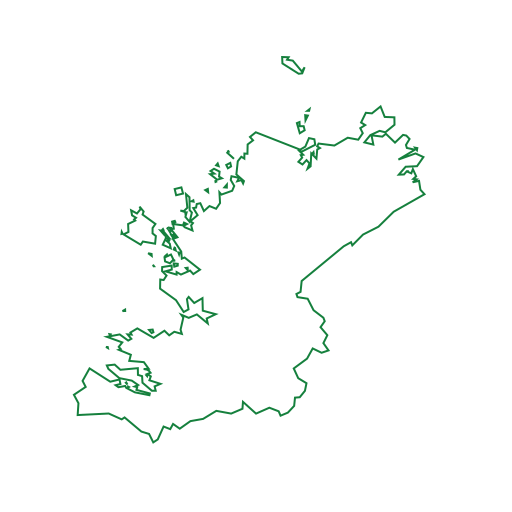 Glenties Lea-6, Donegal, Ireland, rotated 10°
{"feature_id": "5873133B25090004397750", "entity_name": "Glenties Lea-6", "entity_type": "district", "adm_level": 2, "iso_a3": "IRL", "parent_name": "Ireland", "parent_adm1": "Donegal", "projection": "orthographic", "projection_center": [-8.325, 54.982], "detail": "fine", "context": "isolated", "style": "outline", "palette": "green", "viewbox_px": 512, "rotation_deg": 10, "n_neighbors": 0, "source": "geoboundaries", "source_scale": "gbopen_adm2", "svg_char_len": 6174}
<svg xmlns="http://www.w3.org/2000/svg" viewBox="0 0 512 512"><g transform="rotate(10 256 256)"><path d="M403.5,153.7L397.5,156.2L400.9,152.6L397.5,152.8L399.9,149.7L395.4,143.2L394.6,147.6L389.7,146.5L387.6,150.0L382.5,151.1L387.9,142.1L399.0,139.6L403.7,129.5L395.3,127.3L379.5,136.3L394.1,123.7L385.8,123.4L384.4,120.6L386.9,114.1L383.1,111.3L379.8,111.2L373.2,120.2L362.7,113.1L359.7,116.5L348.8,117.1L352.2,125.9L343.0,125.3L347.6,117.1L356.0,111.3L361.9,111.7L369.6,102.7L368.2,95.4L358.6,96.7L352.7,87.1L345.4,95.4L339.3,95.9L336.3,106.3L340.8,108.1L336.5,112.0L339.8,116.5L336.5,123.7L325.8,123.6L314.0,133.6L298.1,134.4L297.2,137.4L300.2,138.6L297.8,140.5L298.6,149.6L292.6,145.3L294.2,158.2L291.6,161.1L292.6,155.5L289.1,152.8L285.9,157.8L281.4,155.9L284.4,151.1L282.6,148.9L284.9,148.1L278.8,143.9L282.9,145.3L295.0,136.2L293.2,130.9L287.7,130.7L285.6,139.7L281.0,143.6L234.3,134.2L229.4,139.8L233.0,142.6L228.4,147.6L229.8,156.8L226.8,157.1L227.6,162.1L224.3,160.8L221.6,165.9L222.5,179.1L231.1,184.3L230.7,186.8L228.5,183.8L224.6,185.6L225.7,182.0L218.0,181.7L217.9,185.5L222.4,190.8L221.2,195.9L211.3,201.5L208.9,199.6L211.4,210.1L208.5,216.4L201.5,214.9L196.9,220.8L192.0,213.7L188.6,215.1L188.6,218.7L185.9,219.7L191.4,225.9L185.3,233.2L188.2,234.5L186.8,237.1L189.0,241.9L180.9,240.1L179.3,238.9L182.5,236.5L179.3,235.6L178.8,238.5L168.9,238.9L170.3,243.4L167.5,244.3L175.4,251.2L171.2,253.6L181.6,264.6L183.4,271.5L185.9,269.9L203.2,279.2L197.4,284.7L193.6,281.8L185.3,287.3L180.6,285.6L181.0,288.1L169.5,286.8L175.4,284.0L174.6,280.1L165.5,283.2L166.1,287.2L171.3,290.8L169.2,295.7L165.8,295.8L167.2,304.8L184.9,313.4L194.5,323.7L198.8,320.3L195.5,310.5L196.8,308.0L203.3,313.0L210.6,306.8L213.1,319.1L226.5,320.3L218.3,326.1L220.2,330.8L207.9,323.8L200.5,328.6L192.6,326.8L195.1,329.3L194.5,341.7L196.5,345.6L188.7,344.8L184.3,349.2L178.8,345.5L169.4,354.4L151.7,347.9L145.6,353.2L147.1,355.0L143.1,355.5L147.6,359.2L144.8,361.5L135.4,356.9L123.2,361.5L139.3,364.3L136.6,369.3L138.9,371.1L137.1,372.2L149.9,375.0L149.4,381.3L164.0,380.0L169.9,385.7L165.0,386.8L168.6,386.9L170.6,387.7L172.4,389.3L169.4,391.1L173.3,392.8L172.6,396.9L184.1,398.5L178.8,402.0L180.6,406.1L176.9,406.8L166.2,400.5L164.7,394.1L160.4,393.6L159.1,387.0L142.2,391.6L135.7,387.5L128.1,389.7L130.2,392.8L142.6,400.0L155.3,400.3L162.3,403.5L159.2,405.6L161.8,405.8L161.5,408.6L175.3,409.8L175.2,411.6L160.4,411.3L151.1,408.4L149.8,406.7L143.3,409.1L140.2,407.6L144.7,405.6L143.0,401.3L134.3,405.1L111.6,395.6L106.9,409.1L111.0,414.5L100.8,424.3L106.7,431.8L108.0,443.6L138.3,436.7L152.1,440.2L154.6,437.8L173.6,448.8L181.6,449.8L187.2,457.4L191.1,453.7L194.6,440.0L201.6,441.4L203.5,435.8L210.9,439.3L220.1,430.0L232.2,425.6L243.8,415.4L258.9,415.5L269.2,408.8L268.5,401.9L283.4,411.2L295.5,403.1L305.3,405.0L307.9,409.0L314.6,404.7L319.6,397.0L319.0,388.7L323.6,387.5L327.6,380.3L327.8,372.5L318.8,369.0L312.7,360.2L324.1,348.2L327.9,337.2L337.4,339.9L343.8,336.4L337.5,330.1L340.0,321.6L331.9,314.9L335.0,308.3L333.1,305.1L322.1,299.4L314.3,289.1L304.0,289.3L302.4,286.4L306.1,283.6L305.3,272.7L340.7,231.2L347.2,225.9L349.0,228.8L357.7,216.3L371.5,205.9L383.9,188.5L411.2,165.9L406.4,162.2L403.5,153.7ZM121.8,257.7L140.5,264.9L142.1,261.4L154.5,261.4L153.9,253.7L150.2,251.7L149.3,246.4L151.4,241.9L137.1,234.9L137.6,231.7L132.8,227.6L134.2,229.9L131.4,234.8L125.1,232.7L126.9,237.5L131.2,239.2L129.6,241.2L130.9,242.1L124.5,246.7L126.2,254.5L121.8,257.7ZM248.6,61.8L266.4,69.1L269.8,68.1L271.1,61.7L269.2,66.4L258.3,57.2L252.5,57.3L253.6,54.6L247.2,55.5L248.6,61.8ZM176.3,207.2L180.0,220.4L177.1,224.3L173.6,224.4L180.1,225.2L179.7,229.8L184.7,233.9L185.3,224.3L182.7,222.4L180.3,209.7L176.3,207.2ZM205.5,179.2L199.5,177.4L196.5,180.2L200.7,182.1L196.6,183.4L204.5,187.6L208.9,185.4L205.8,184.2L205.5,179.2ZM167.4,277.1L172.5,278.1L175.3,273.9L172.0,269.3L166.2,273.4L167.4,277.1ZM166.8,210.0L173.3,207.2L170.6,201.4L164.3,204.2L166.8,210.0ZM163.7,255.6L162.2,261.1L170.7,263.2L168.9,258.8L163.7,255.6ZM282.1,123.7L280.4,119.9L276.5,120.6L275.6,116.5L273.2,118.0L277.8,127.5L282.1,123.7ZM215.9,172.1L214.5,168.8L210.9,171.5L213.1,174.5L215.9,172.1ZM167.8,253.8L162.8,249.6L164.2,254.1L167.8,253.8ZM215.3,162.7L208.9,158.8L217.4,164.1L215.3,162.7ZM281.2,113.8L282.7,108.7L280.0,108.8L281.2,113.8ZM168.2,348.9L167.0,346.4L163.5,347.4L166.6,350.0L168.2,348.9ZM177.4,280.7L180.6,279.1L180.3,277.3L176.3,277.6L177.4,280.7ZM214.9,190.7L213.0,193.9L215.4,193.7L214.9,190.7ZM157.5,247.5L162.9,251.8L160.7,247.5L157.5,247.5ZM152.8,272.1L149.3,272.0L153.3,274.0L152.8,272.1ZM196.9,198.3L194.6,199.9L197.8,201.5L196.9,198.3ZM167.4,236.7L168.2,238.8L170.7,236.6L169.9,235.5L167.4,236.7ZM167.7,243.1L164.2,243.2L168.0,243.7L167.7,243.1ZM172.3,251.1L167.9,249.0L170.9,252.2L172.3,251.1ZM283.2,102.1L281.4,104.1L283.1,103.8L283.2,102.1ZM393.9,121.7L396.1,123.8L396.1,121.7L393.9,121.7ZM202.2,171.5L201.0,173.6L203.6,174.0L202.2,171.5ZM136.4,331.5L134.1,333.4L136.7,332.9L136.4,331.5ZM188.9,280.0L190.7,281.4L191.1,280.9L190.7,279.4L188.9,280.0ZM167.4,247.8L167.9,245.6L165.6,245.7L167.4,247.8ZM120.7,257.1L119.6,255.6L119.7,257.6L120.7,257.1ZM176.0,264.5L174.9,262.1L174.3,261.9L173.9,263.9L176.0,264.5ZM184.6,212.0L183.0,213.3L185.1,213.3L184.6,212.0ZM294.6,143.7L293.7,145.3L295.1,145.1L294.6,143.7ZM125.8,371.4L124.1,371.6L126.2,372.4L125.8,371.4ZM166.1,254.7L167.6,256.5L167.9,255.8L166.1,254.7ZM151.7,404.9L150.2,403.0L149.8,403.4L151.7,404.9ZM161.0,247.3L159.7,245.6L159.3,246.2L161.0,247.3ZM125.2,358.4L126.0,359.9L126.5,358.4L125.2,358.4ZM202.7,188.5L203.3,190.1L203.9,189.7L202.7,188.5ZM179.0,266.0L180.0,267.8L180.2,265.9L179.0,266.0ZM175.5,274.1L176.6,275.6L176.3,274.4L175.5,274.1ZM168.6,271.3L168.0,270.0L166.9,271.4L168.6,271.3ZM152.7,406.8L152.8,407.8L153.6,407.1L152.7,406.8ZM391.0,146.4L390.6,145.3L390.6,145.9L391.0,146.4ZM169.6,393.2L169.6,391.8L168.6,392.4L169.6,393.2ZM156.0,282.5L157.0,283.9L157.4,283.8L156.0,282.5ZM179.1,226.4L179.4,227.3L179.8,225.9L179.1,226.4ZM170.9,249.2L170.4,250.0L171.5,250.0L170.9,249.2ZM210.6,157.5L209.5,158.2L210.9,157.9L210.6,157.5ZM164.1,243.9L163.3,243.8L164.5,244.6L164.1,243.9Z" fill="none" stroke="#15803d" stroke-width="2"/></g></svg>